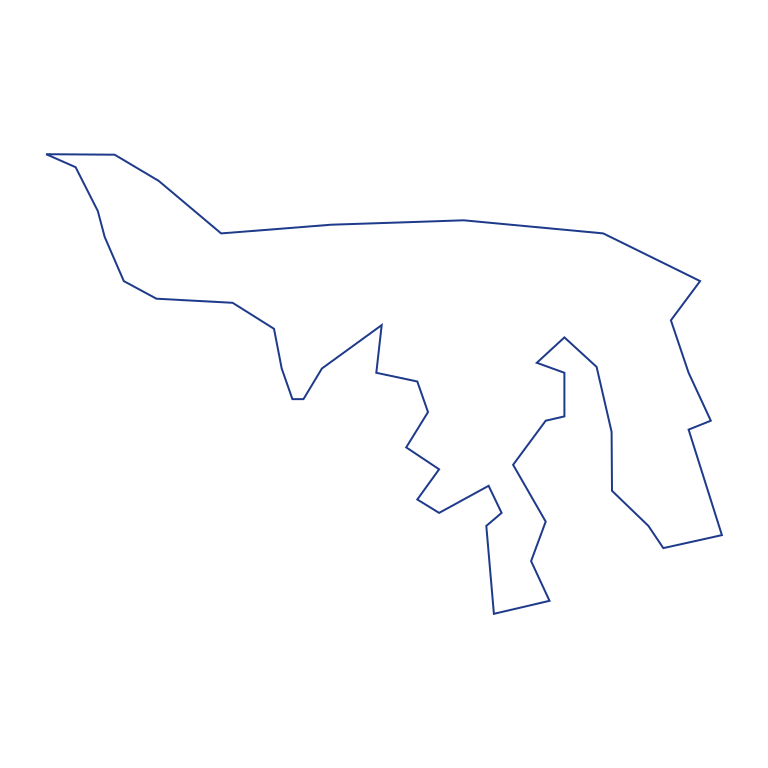 Southern, Natural Earth projection
{"feature_id": "HKG-5156", "entity_name": "Southern", "entity_type": "state/province", "adm_level": 1, "iso_a3": "HKG", "parent_name": "Hong Kong S.A.R.", "parent_adm1": "", "projection": "natural_earth1", "projection_center": [114.195, 22.231], "detail": "fine", "context": "isolated", "style": "outline", "palette": "blue", "viewbox_px": 768, "rotation_deg": 0, "n_neighbors": 0, "source": "natural_earth", "source_scale": "10m", "svg_char_len": 760}
<svg xmlns="http://www.w3.org/2000/svg" viewBox="0 0 768 768"><path d="M700.1,281.1L670.9,320.3L688.6,372.8L710.8,420.7L688.6,429.6L721.9,535.1L663.3,548.1L648.4,525.9L612.0,490.8L611.6,431.9L596.6,366.9L564.4,337.4L536.8,362.8L564.4,372.8L564.4,416.4L545.7,420.7L513.1,464.8L545.7,521.6L531.1,561.1L549.5,600.8L493.9,613.8L486.3,525.9L501.6,512.9L488.6,485.8L439.1,512.9L417.3,499.5L439.1,469.3L406.2,447.4L428.0,412.1L417.3,381.5L376.3,372.8L381.7,325.1L321.9,368.5L303.5,399.1L292.4,399.1L281.7,368.5L274.0,328.8L232.6,302.8L156.4,298.7L123.8,281.1L104.7,237.0L97.8,211.0L75.6,167.2L46.1,154.2L114.6,154.7L158.7,180.9L221.1,233.4L281.1,228.7L331.3,224.7L404.9,222.3L463.6,220.3L603.2,233.4L700.1,281.1Z" fill="none" stroke="#1e3a8a" stroke-width="2"/></svg>